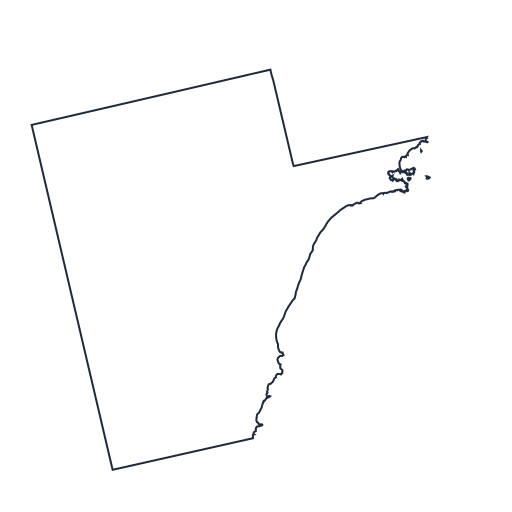 the district of Escalante, Chubut, Argentina, rotated 348°
{"feature_id": "61730980B51244903644877", "entity_name": "Escalante", "entity_type": "district", "adm_level": 2, "iso_a3": "ARG", "parent_name": "Argentina", "parent_adm1": "Chubut", "projection": "albers", "projection_center": [-67.016, -45.339], "detail": "fine", "context": "isolated", "style": "outline", "palette": "slate", "viewbox_px": 512, "rotation_deg": 348, "n_neighbors": 0, "source": "geoboundaries", "source_scale": "gbopen_adm2", "svg_char_len": 6125}
<svg xmlns="http://www.w3.org/2000/svg" viewBox="0 0 512 512"><g transform="rotate(348 256 256)"><path d="M63.8,81.1L71.3,435.3L215.1,433.6L215.6,431.7L215.7,430.4L216.2,430.1L217.0,430.1L216.7,429.8L216.7,429.1L216.9,428.4L217.6,427.7L219.4,427.3L219.6,426.0L220.2,424.3L220.8,423.5L221.7,423.0L223.7,423.2L226.3,423.0L227.1,422.5L226.9,422.0L224.0,421.2L223.5,420.6L223.5,419.6L222.5,418.8L222.2,417.4L222.2,416.7L223.2,413.5L224.0,411.6L224.5,410.9L226.2,410.0L226.8,409.4L230.2,405.1L231.5,402.3L232.3,401.3L233.0,399.7L233.6,399.3L234.0,399.7L237.1,396.8L237.6,396.7L237.9,397.1L239.2,396.8L239.7,396.4L240.6,396.3L241.0,396.1L241.0,395.4L241.0,396.0L240.6,396.3L239.3,396.2L239.5,395.8L238.9,395.8L238.9,396.1L237.9,396.0L237.6,395.3L237.4,394.0L237.8,392.9L238.8,392.1L238.6,391.3L238.7,390.8L240.0,388.8L239.8,388.1L239.9,387.3L241.3,384.7L242.3,383.9L243.7,384.1L246.6,382.3L248.5,379.5L250.3,378.8L250.5,377.4L251.9,376.1L252.9,375.8L255.2,376.6L255.9,377.1L256.3,376.8L256.5,376.3L257.4,376.0L257.7,374.3L258.1,373.9L258.1,373.5L257.8,372.6L256.6,371.3L256.4,370.4L256.8,369.8L256.7,368.5L257.5,367.2L256.3,366.3L255.8,365.6L255.7,363.5L255.4,362.5L255.5,361.7L256.1,360.4L258.7,358.8L259.1,358.7L261.1,359.3L261.9,358.7L262.3,358.6L261.9,357.2L261.9,356.0L261.1,356.0L260.8,355.5L259.7,355.2L259.2,354.0L258.6,351.3L258.7,349.0L259.2,346.9L258.6,343.8L258.7,340.4L259.2,337.3L259.7,335.7L260.7,333.3L262.4,330.7L263.8,329.2L265.6,326.6L270.0,322.2L273.6,316.3L277.6,311.9L282.8,306.9L284.4,305.8L284.9,305.6L287.0,301.3L287.5,299.6L289.4,296.7L291.7,292.4L295.0,287.8L297.0,283.6L300.6,277.3L301.8,275.8L302.9,274.7L303.7,273.3L306.8,270.3L309.6,265.2L312.0,263.0L312.8,261.9L313.6,258.8L314.7,256.8L318.2,253.1L320.0,250.3L321.5,248.9L323.8,246.3L325.4,245.3L328.7,242.6L331.0,240.0L331.4,239.3L332.4,238.6L333.4,237.3L334.8,236.5L335.6,235.6L338.4,233.8L345.7,230.0L347.9,228.6L354.7,226.0L357.2,225.5L358.6,225.7L359.0,226.2L359.7,226.2L359.7,226.6L360.0,226.7L361.0,226.8L361.4,226.2L362.3,225.8L365.7,224.9L366.6,225.0L367.2,225.9L368.6,226.0L368.5,225.9L369.1,225.3L370.8,224.4L374.2,223.6L380.3,223.5L382.8,224.0L384.4,223.5L387.8,221.6L391.1,220.6L393.0,220.9L393.4,221.5L393.5,221.2L393.8,221.0L395.5,221.0L396.7,221.3L396.6,221.5L397.0,221.7L400.7,220.8L401.5,220.9L401.9,221.4L402.3,221.5L402.2,221.3L402.7,221.1L403.2,221.3L404.5,221.3L404.8,221.6L405.3,221.6L405.5,221.3L406.0,221.0L405.9,220.8L406.5,220.8L406.5,221.2L406.6,220.9L406.8,220.7L407.7,221.1L408.0,220.9L408.0,220.7L408.3,220.7L410.0,220.9L410.2,221.0L410.3,221.4L410.9,221.6L411.1,221.6L411.1,221.2L411.3,221.1L412.0,221.4L412.3,221.9L412.0,222.2L412.0,222.9L411.7,223.0L413.1,223.8L413.5,223.6L413.7,224.4L414.0,224.4L414.5,224.0L414.7,224.4L415.1,223.6L415.1,223.2L415.5,223.1L416.2,223.4L416.5,223.3L417.4,223.8L417.6,223.6L417.6,223.9L418.3,223.8L418.5,223.2L417.8,222.4L418.2,222.1L418.0,221.7L418.2,221.3L417.3,220.1L417.6,219.9L417.2,219.8L417.1,219.1L417.8,218.6L418.1,218.8L418.2,218.6L418.1,218.4L418.9,218.0L418.8,217.8L419.2,217.4L419.2,216.8L418.3,217.0L417.9,216.7L417.6,216.4L418.1,215.9L418.0,215.7L416.7,215.6L416.5,214.6L416.6,214.0L415.6,213.3L415.4,212.5L414.7,212.9L414.2,212.6L414.1,212.2L414.2,211.9L414.7,211.9L415.0,211.7L415.0,210.9L414.3,211.3L413.9,211.9L413.2,211.6L413.4,211.9L412.6,211.7L412.3,211.8L411.8,211.4L411.3,211.9L410.8,211.7L410.3,212.2L410.1,212.0L409.5,212.1L409.4,211.9L409.4,211.4L409.1,211.5L408.8,211.3L408.9,210.3L409.2,210.3L409.2,210.1L408.2,209.6L407.8,209.0L407.1,209.1L406.7,208.6L406.4,208.6L406.6,209.2L406.4,209.8L406.0,210.3L405.4,210.1L405.7,210.6L405.2,210.8L404.8,210.1L404.0,209.9L403.6,208.7L403.1,208.2L403.1,207.2L404.2,206.7L405.7,206.6L405.5,206.3L405.9,205.9L404.7,206.2L403.7,205.2L403.5,204.5L403.2,204.3L402.9,203.7L402.6,203.6L402.5,203.0L402.8,202.8L402.5,202.6L402.6,202.3L402.8,201.9L403.0,201.2L404.5,200.8L406.0,201.2L406.7,202.3L406.9,202.0L406.7,202.0L406.6,201.9L406.8,201.4L407.6,201.6L407.7,201.9L408.2,202.2L409.1,202.3L409.5,201.9L410.6,202.1L410.7,201.7L411.4,201.8L413.0,200.5L413.2,200.8L413.3,201.4L412.7,201.9L413.3,202.4L414.0,203.5L414.3,204.9L414.7,204.5L414.6,204.4L414.7,204.2L415.4,204.1L417.6,204.6L418.7,204.6L418.8,204.8L419.2,204.7L420.2,205.3L420.6,206.0L420.0,206.3L420.5,206.7L420.6,207.6L420.8,208.1L421.5,207.9L422.1,208.1L423.1,208.1L423.3,208.2L423.2,208.7L423.8,208.7L423.1,207.4L423.3,206.5L423.6,207.2L424.5,207.6L424.7,208.1L426.0,207.9L426.5,208.3L426.8,208.0L427.1,208.5L427.2,208.3L427.1,207.9L427.5,207.4L428.0,207.3L428.3,206.9L428.3,206.4L427.9,206.0L427.9,205.7L428.2,205.4L427.9,205.2L427.9,204.8L428.9,204.5L428.8,204.1L429.2,203.9L429.5,204.0L429.4,203.4L429.8,203.4L429.0,203.1L428.5,202.5L424.1,203.7L423.5,203.7L422.7,203.2L422.6,202.9L421.5,202.6L420.6,203.5L419.0,203.2L418.1,204.0L417.7,204.0L416.9,203.6L415.7,202.1L415.4,200.9L415.2,198.6L415.5,195.3L416.2,193.4L417.5,192.2L418.5,190.1L419.7,189.4L420.8,189.8L421.5,189.6L421.9,190.2L422.6,189.9L423.3,190.3L423.4,189.6L424.1,188.8L425.1,188.6L425.5,188.8L425.6,187.1L427.5,185.3L428.7,184.4L431.4,183.3L432.7,183.3L433.4,183.8L434.3,183.4L434.7,183.4L434.8,183.2L435.3,182.8L436.1,183.0L436.9,182.5L436.9,181.9L438.0,180.9L438.6,180.6L439.6,180.5L439.5,179.7L439.8,179.3L441.5,178.1L441.8,178.3L442.3,178.0L443.3,177.9L443.9,178.4L443.8,178.8L444.6,179.0L447.4,180.4L448.2,180.5L446.4,179.4L446.0,178.9L446.2,177.4L446.5,177.1L446.8,177.2L446.6,177.0L446.6,176.6L447.4,176.3L447.0,176.0L447.0,175.7L447.6,175.2L311.6,175.9L311.3,172.9L309.4,87.9L308.9,82.1L308.8,76.7L183.3,79.0L63.8,81.1ZM440.1,213.9L439.7,213.5L439.2,213.4L439.5,214.1L440.1,214.4L440.6,214.9L440.2,215.5L439.3,215.6L439.1,215.8L439.4,216.1L440.8,216.1L441.9,215.7L442.3,215.3L441.4,214.7L440.5,213.9L440.1,213.9ZM422.3,211.9L421.6,211.2L421.1,211.3L421.3,211.9L422.2,212.8L422.8,213.0L423.3,212.5L423.3,211.8L422.3,211.9ZM421.5,213.9L421.7,213.5L421.1,212.6L420.5,212.4L420.5,212.8L420.8,213.1L420.9,213.7L421.5,213.9ZM439.6,187.6L439.4,187.0L439.3,187.3L439.4,187.8L439.1,188.2L439.2,188.5L439.7,188.0L440.6,187.7L439.6,187.6Z" fill="none" stroke="#1e293b" stroke-width="2"/></g></svg>